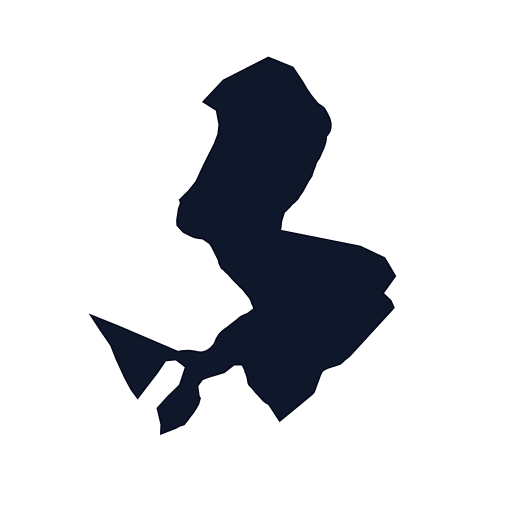 Grande Riviere/Assou Canal, Gros Islet, Saint Lucia, rotated 284°
{"feature_id": "8701671B38434288339117", "entity_name": "Grande Riviere/Assou Canal", "entity_type": "district", "adm_level": 2, "iso_a3": "LCA", "parent_name": "Saint Lucia", "parent_adm1": "Gros Islet", "projection": "mercator", "projection_center": [-60.952, 14.04], "detail": "fine", "context": "isolated", "style": "filled", "palette": "ink", "viewbox_px": 512, "rotation_deg": 284, "n_neighbors": 0, "source": "geoboundaries", "source_scale": "gbopen_adm2", "svg_char_len": 3640}
<svg xmlns="http://www.w3.org/2000/svg" viewBox="0 0 512 512"><g transform="rotate(284 256 256)"><path d="M266.7,172.1L263.1,177.5L261.6,179.8L261.1,182.0L260.8,183.5L260.0,186.5L259.7,188.4L259.5,189.3L259.2,191.4L259.3,195.7L259.9,199.9L259.2,202.2L258.0,205.2L257.2,207.7L254.4,210.8L249.2,215.3L245.6,218.4L242.7,220.9L241.6,221.3L240.1,221.9L237.9,223.7L235.7,225.6L235.1,227.2L234.7,228.2L232.8,231.0L232.1,232.6L231.6,233.6L231.0,234.3L230.0,235.7L228.5,237.8L227.0,240.2L226.5,240.9L225.3,243.0L224.9,243.7L223.9,245.4L222.5,247.5L222.1,248.2L220.9,250.5L220.3,251.4L219.3,252.9L218.2,254.0L217.3,255.1L215.9,257.2L213.7,260.0L213.0,260.7L211.4,262.1L208.8,263.6L207.8,264.5L207.2,265.1L204.3,266.8L198.0,261.7L197.4,260.8L196.3,259.2L194.8,257.5L194.4,257.0L193.7,256.2L192.1,254.8L190.3,253.6L189.1,252.8L187.7,251.6L187.0,251.1L185.4,249.8L184.4,249.0L183.2,248.0L181.6,246.8L179.7,245.4L177.5,243.4L175.2,241.6L174.3,241.0L173.0,240.3L172.0,239.7L171.2,239.2L170.4,239.0L169.6,238.7L167.9,238.2L166.4,237.6L164.5,237.4L162.6,237.1L162.0,237.0L161.1,236.8L160.5,236.6L159.8,236.4L157.8,235.4L156.4,234.6L155.6,234.1L154.9,233.6L153.4,232.2L152.3,231.2L151.0,229.5L150.7,228.8L150.2,228.0L149.3,226.1L149.0,224.0L148.8,222.5L148.7,221.1L148.8,220.6L148.5,217.0L148.4,216.3L148.0,213.6L147.4,211.6L146.9,209.9L145.9,206.9L144.3,203.3L154.8,138.2L158.7,109.7L156.7,111.9L146.7,122.7L136.8,133.9L134.2,136.8L122.3,145.3L106.9,157.6L101.1,162.8L96.2,167.3L89.3,175.6L94.0,177.6L103.5,181.7L117.8,188.0L132.7,193.6L136.1,203.4L131.3,214.6L112.3,213.2L106.7,209.8L98.7,204.8L84.4,197.1L78.4,200.2L69.5,204.8L63.0,206.1L60.3,206.7L63.1,210.6L70.0,220.3L72.4,222.6L73.5,224.6L75.2,227.1L77.1,227.9L80.7,229.6L83.2,230.5L85.5,231.6L87.7,232.6L91.6,234.0L93.6,234.6L96.7,235.5L98.3,236.0L104.5,236.2L106.0,234.6L115.8,230.7L123.3,233.8L127.1,239.3L131.6,247.0L135.4,253.3L145.2,261.0L147.2,269.0L145.0,270.7L143.5,272.2L140.8,273.7L139.0,275.1L135.8,277.0L132.6,278.4L130.3,279.5L129.1,280.6L127.1,283.9L125.4,286.3L123.5,288.7L122.3,290.7L120.0,294.2L118.8,296.0L117.3,298.2L116.5,299.8L115.0,304.5L101.6,318.9L126.6,337.5L128.7,339.0L130.6,340.4L132.6,341.9L135.4,343.9L137.3,345.0L137.9,345.2L140.2,345.6L143.9,345.9L149.1,346.5L155.7,347.2L157.3,347.5L158.9,347.7L160.4,348.4L161.9,349.6L163.4,351.2L164.6,352.7L166.2,355.2L167.3,357.0L168.6,359.2L169.8,361.1L171.4,363.6L172.7,364.7L174.4,365.9L177.0,367.5L181.2,370.8L192.1,376.8L208.2,385.5L234.8,400.0L239.3,402.3L245.3,397.6L250.6,388.3L270.2,396.1L279.8,386.7L285.2,381.3L290.5,354.9L286.6,273.2L289.5,273.2L293.1,272.6L296.0,272.3L298.6,272.4L301.3,272.6L305.2,272.8L307.4,274.2L309.8,275.7L311.5,276.7L315.6,278.8L316.8,279.9L319.9,281.8L321.7,282.8L325.4,283.9L327.2,284.7L330.0,285.7L332.9,286.5L335.9,287.2L338.3,287.9L340.9,288.5L343.5,289.4L347.0,290.7L349.6,290.8L351.7,290.9L354.6,291.3L358.6,291.8L360.7,291.8L363.6,292.6L366.4,293.7L369.4,294.2L372.2,294.7L375.0,295.2L377.3,295.6L381.0,295.9L383.5,296.0L386.1,295.8L388.8,295.2L392.9,296.9L394.8,297.5L397.7,297.6L399.5,297.4L403.2,296.4L405.7,295.1L407.9,293.8L409.6,292.3L412.6,289.7L414.1,288.3L416.2,286.0L417.2,283.8L418.5,280.0L419.5,278.2L421.2,275.9L422.9,273.6L425.4,270.4L426.6,269.1L428.9,266.5L430.2,264.9L431.7,263.6L436.6,258.7L447.9,246.3L451.7,219.9L418.6,181.8L392.8,167.4L387.9,182.4L374.7,188.5L367.2,189.5L365.2,189.8L362.6,189.5L354.4,188.5L339.1,185.0L332.8,183.6L313.7,179.9L302.9,175.0L299.7,173.0L291.9,168.3L290.8,169.2L290.1,169.5L289.0,170.1L288.2,170.0L285.1,169.7L283.2,169.5L279.2,169.9L274.4,170.3L271.1,170.7L266.7,172.1Z" fill="#0f172a" stroke="#020617" stroke-width="1.5"/></g></svg>